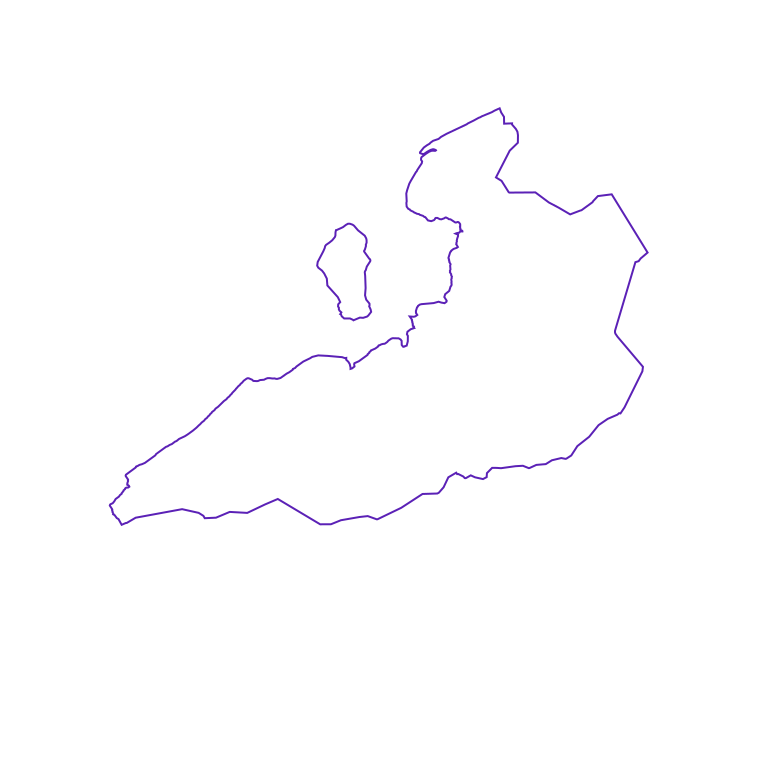 Lelu, Kosrae, Federated States of Micronesia (Equal Earth projection), rotated 234°
{"feature_id": "79324940B37039931365827", "entity_name": "Lelu", "entity_type": "district", "adm_level": 2, "iso_a3": "FSM", "parent_name": "Federated States of Micronesia", "parent_adm1": "Kosrae", "projection": "equal_earth", "projection_center": [163.023, 5.336], "detail": "fine", "context": "isolated", "style": "outline", "palette": "violet", "viewbox_px": 768, "rotation_deg": 234, "n_neighbors": 0, "source": "geoboundaries", "source_scale": "gbopen_adm2", "svg_char_len": 6148}
<svg xmlns="http://www.w3.org/2000/svg" viewBox="0 0 768 768"><g transform="rotate(234 384 384)"><path d="M539.1,639.6L540.2,634.0L540.5,631.1L543.1,620.3L543.2,618.8L543.7,617.1L544.4,611.5L545.5,605.1L545.5,603.5L549.6,581.8L550.4,575.4L550.2,572.2L551.9,566.6L551.9,563.4L551.6,562.1L551.9,559.1L551.9,555.2L550.3,549.3L549.5,548.9L547.0,550.7L546.6,551.9L546.5,555.4L546.0,559.3L545.3,561.3L544.7,562.2L542.9,563.4L542.5,563.4L542.5,562.6L544.7,559.7L545.4,557.0L545.6,553.3L545.5,547.8L545.0,546.9L544.1,546.1L543.4,545.7L541.7,545.7L540.4,544.3L537.6,536.8L536.8,535.4L536.7,534.5L532.6,525.1L531.2,522.2L527.1,516.5L525.0,514.0L518.4,509.7L517.3,508.5L514.2,506.6L511.4,506.6L510.1,507.4L509.0,507.4L506.0,509.0L504.8,509.3L504.2,509.8L502.4,510.7L500.8,512.2L499.9,512.4L497.1,514.4L495.3,514.9L494.7,515.5L490.5,515.7L488.0,517.9L487.2,520.8L487.4,521.9L487.9,522.7L487.9,523.5L487.0,524.8L484.6,526.0L483.5,527.2L482.7,529.9L482.6,531.5L482.3,532.0L480.5,533.0L479.3,533.3L478.1,534.6L472.8,536.6L472.2,537.4L471.8,538.8L471.3,539.3L470.4,539.6L468.6,539.6L467.4,538.8L466.9,538.1L466.2,538.0L465.7,537.3L464.6,537.1L464.3,536.6L463.9,536.4L462.1,537.3L461.5,537.3L461.3,537.1L462.7,535.4L462.2,534.0L463.4,531.2L463.6,530.3L461.3,531.7L460.1,530.8L458.7,528.8L457.2,527.1L456.6,526.9L455.7,525.6L454.9,525.1L454.7,524.6L451.4,524.3L451.4,522.9L452.4,519.6L452.3,516.6L451.9,516.3L451.7,515.0L448.1,510.2L446.6,509.9L446.3,509.4L444.8,509.1L444.5,508.6L444.1,508.5L441.8,508.3L440.9,507.1L437.6,505.1L436.8,503.8L435.9,503.5L435.6,503.0L433.4,502.9L432.3,502.2L431.0,502.1L430.5,501.4L429.9,501.1L429.1,499.9L426.9,498.7L426.7,498.3L425.8,497.9L425.5,497.5L424.6,497.1L424.0,496.3L423.7,495.1L421.0,491.5L420.7,486.3L418.9,483.9L414.9,483.7L414.4,483.6L413.8,482.8L413.8,480.5L416.1,478.3L418.5,476.5L420.3,471.7L426.6,461.2L427.2,459.6L427.2,457.4L426.8,457.0L426.6,455.8L424.2,452.6L423.3,452.2L423.0,451.8L422.6,451.6L420.3,451.5L420.3,449.2L420.9,447.6L423.5,444.5L419.6,444.4L419.1,444.2L418.9,443.8L417.3,443.4L417.1,443.0L415.5,442.6L415.3,442.2L414.1,441.5L413.0,442.0L412.6,441.9L412.4,441.2L411.5,441.3L412.6,437.8L412.5,433.7L410.8,431.8L408.9,431.6L404.5,428.3L401.7,424.9L402.5,422.6L402.3,422.6L402.5,421.8L403.1,421.3L405.2,421.3L408.5,423.6L410.2,423.6L412.3,422.7L415.9,418.0L416.4,416.6L416.5,413.0L416.1,411.4L416.1,409.0L416.2,408.2L417.1,406.6L417.7,405.0L417.9,403.4L418.3,402.6L418.3,402.0L417.9,401.6L417.8,401.0L417.8,397.8L418.8,393.1L418.5,392.8L418.3,390.7L417.9,390.4L417.7,388.3L417.3,388.0L417.2,387.4L417.2,377.0L418.2,372.3L417.6,371.5L415.5,370.4L415.4,367.3L415.9,365.8L417.0,366.6L420.3,368.0L422.9,368.2L425.9,367.7L427.3,368.8L427.9,367.6L430.3,365.9L439.8,355.0L445.8,347.6L448.1,341.9L448.3,339.2L449.6,331.9L449.6,323.4L449.2,321.5L449.7,319.2L449.3,318.9L449.2,318.3L449.2,314.3L449.6,311.4L449.7,303.8L450.9,300.6L451.5,299.8L452.8,298.8L454.0,297.0L456.0,294.9L457.1,293.4L457.6,291.8L458.0,289.4L460.0,286.1L460.5,283.8L461.0,282.9L463.3,280.1L465.0,279.8L468.2,277.9L468.8,277.1L469.1,276.0L469.1,272.4L468.5,270.0L468.4,268.0L468.0,267.1L467.8,264.5L467.4,263.1L467.1,261.3L466.8,260.7L466.0,256.0L465.6,255.1L465.4,253.3L464.9,251.6L464.8,249.3L464.3,247.6L464.3,244.4L463.1,236.4L463.1,233.2L462.5,231.5L462.4,228.4L462.0,227.5L461.8,225.5L461.3,224.3L461.2,222.4L460.7,221.1L460.6,218.4L460.1,217.1L460.0,213.9L459.5,211.5L459.4,209.9L458.9,206.7L458.6,202.0L458.6,195.6L458.8,192.2L460.0,185.9L459.8,182.6L460.2,181.1L460.1,177.1L460.7,174.7L460.8,172.3L461.3,170.7L461.3,158.6L460.7,157.0L460.7,144.2L461.4,141.0L462.3,138.6L462.5,136.2L462.9,135.4L462.9,134.7L462.5,134.4L462.4,133.8L462.3,121.9L461.7,121.1L461.2,120.9L457.2,120.8L456.9,120.3L456.0,120.0L454.5,117.9L453.6,117.6L453.4,117.1L451.7,117.8L450.6,117.6L450.6,116.2L451.6,114.6L451.7,113.8L451.6,113.1L451.2,112.8L451.0,110.7L450.6,110.4L449.8,107.5L449.4,107.2L449.3,105.0L448.7,103.4L448.7,99.3L447.6,96.8L447.0,94.4L447.5,92.1L447.4,91.5L446.8,90.7L442.7,90.5L442.2,90.4L442.0,89.9L440.5,89.6L440.2,89.1L438.1,88.8L437.8,88.3L436.2,89.0L432.6,89.0L430.8,89.8L424.3,89.0L423.3,93.4L422.8,94.2L421.8,104.5L401.4,147.1L388.7,158.3L383.5,160.4L380.8,160.1L374.6,169.5L371.2,184.0L360.1,197.6L356.5,216.9L353.4,230.5L308.0,249.9L301.7,258.7L299.1,269.1L290.8,286.0L286.7,293.2L278.8,298.6L278.4,299.2L273.7,325.2L272.4,350.5L264.1,362.7L263.8,364.4L265.4,371.5L270.7,381.2L269.8,390.3L268.1,390.2L267.5,391.2L262.5,393.8L260.5,394.0L260.1,394.3L259.7,395.1L259.1,400.5L255.0,402.8L248.9,408.2L248.3,412.3L251.4,414.9L252.6,422.2L249.7,426.1L247.1,429.2L240.2,442.1L236.2,448.3L230.8,451.7L230.5,452.3L229.0,459.7L224.1,467.8L223.6,475.0L219.9,483.9L216.8,486.8L216.4,487.7L216.1,493.5L220.1,503.9L220.7,519.0L224.6,533.4L224.3,544.5L222.0,554.8L222.2,557.1L221.2,558.0L223.7,564.8L242.4,600.5L245.7,603.6L285.0,600.7L288.8,600.8L290.1,601.3L291.3,602.2L334.8,659.0L333.7,662.2L334.7,665.4L335.4,674.5L403.6,679.7L410.3,667.5L409.0,660.7L408.5,659.5L408.5,645.9L409.0,644.6L411.8,634.3L423.9,629.0L433.9,624.1L450.0,619.1L465.1,598.0L465.8,597.6L479.2,598.5L485.3,596.0L498.9,622.9L500.5,634.1L506.5,638.6L509.6,640.2L512.8,640.6L518.8,640.1L519.6,640.8L524.0,634.2L529.6,638.1L534.8,638.4L539.1,639.6ZM534.8,449.1L535.1,446.8L535.0,443.1L535.4,440.9L536.4,436.2L536.7,435.6L535.3,434.0L532.6,431.9L531.7,430.5L530.7,426.6L530.5,422.8L530.6,418.9L530.1,417.4L528.8,415.9L527.0,412.8L521.7,402.1L519.0,399.5L516.7,399.2L512.2,400.5L508.6,400.6L502.9,399.7L497.0,396.1L481.4,397.7L476.0,396.7L475.4,393.8L473.7,392.4L472.1,392.3L471.0,391.4L469.6,391.1L467.0,391.6L466.3,389.9L466.0,390.2L463.6,389.6L460.4,390.3L457.0,395.0L454.2,396.6L453.5,396.7L451.9,403.5L449.8,406.0L448.5,409.9L448.6,411.5L449.9,416.0L452.2,417.0L455.6,417.7L456.2,418.6L457.6,419.5L462.7,419.2L466.9,420.8L472.4,425.5L482.5,432.3L485.8,434.2L486.4,435.0L486.8,436.1L489.1,439.1L491.4,445.0L492.1,445.7L493.1,446.0L494.0,445.7L502.9,445.8L503.5,446.3L503.9,447.4L506.3,450.6L507.2,451.0L508.6,453.0L510.7,454.5L512.3,455.2L515.3,455.6L523.6,453.3L529.7,452.8L531.4,452.2L533.7,450.6L534.8,449.1Z" fill="none" stroke="#5b21b6" stroke-width="2"/></g></svg>